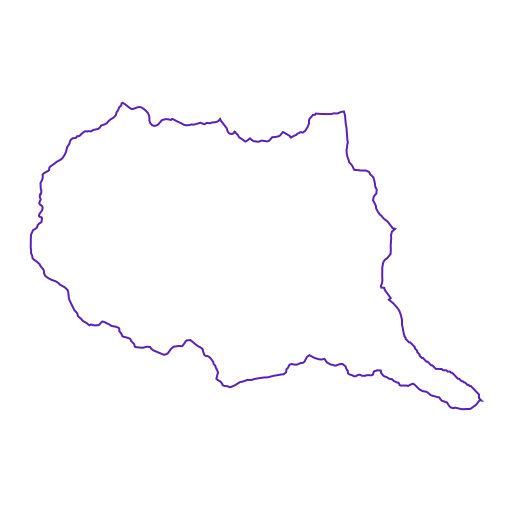 Sakteng, Tashigang, Bhutan (Mercator projection)
{"feature_id": "84629894B26708825657570", "entity_name": "Sakteng", "entity_type": "district", "adm_level": 2, "iso_a3": "BTN", "parent_name": "Bhutan", "parent_adm1": "Tashigang", "projection": "mercator", "projection_center": [91.93, 27.381], "detail": "fine", "context": "isolated", "style": "outline", "palette": "violet", "viewbox_px": 512, "rotation_deg": 0, "n_neighbors": 0, "source": "geoboundaries", "source_scale": "gbopen_adm2", "svg_char_len": 6023}
<svg xmlns="http://www.w3.org/2000/svg" viewBox="0 0 512 512"><path d="M481.3,400.5L479.0,398.1L479.0,394.5L470.9,386.1L469.7,386.1L468.6,384.9L467.4,384.9L465.1,382.5L463.9,382.4L462.7,381.2L461.5,381.2L459.2,378.8L458.0,378.8L452.2,372.8L451.1,372.7L449.9,371.5L447.5,371.5L446.4,370.3L442.8,370.2L441.7,369.0L435.8,368.9L432.3,365.3L431.1,365.3L427.6,361.7L426.4,361.7L423.0,358.0L421.8,358.0L419.5,355.6L419.5,354.4L417.2,352.0L417.2,350.8L414.9,348.4L414.9,347.2L410.2,342.4L409.1,342.4L405.6,338.8L405.6,337.6L404.4,336.4L404.4,335.2L404.0,334.7L402.0,324.4L402.0,319.9L400.6,314.2L399.6,311.5L398.3,309.1L393.2,303.2L388.8,299.7L390.7,298.0L384.9,290.2L384.2,287.8L381.3,287.6L380.8,286.0L381.9,283.5L382.4,280.9L382.2,275.0L382.3,267.3L383.2,262.6L384.3,260.5L385.3,259.5L387.2,258.2L390.6,254.0L390.8,249.3L390.7,245.6L391.2,238.3L391.0,235.5L391.9,231.6L395.1,228.9L392.5,228.0L387.4,221.3L384.9,219.5L383.5,218.3L381.4,215.8L379.6,214.2L377.9,211.8L376.1,208.2L375.9,205.9L373.0,200.2L373.8,196.5L376.4,193.4L376.7,189.5L375.3,186.9L374.7,182.2L373.4,177.3L370.0,174.1L369.8,173.2L368.8,171.8L365.8,170.5L360.7,170.5L357.2,170.0L354.3,169.9L352.0,165.4L348.9,161.9L348.8,160.5L347.5,157.0L346.8,153.7L346.5,149.8L347.1,147.2L347.3,144.1L347.9,142.7L347.4,140.2L346.5,127.8L345.7,123.3L345.0,115.3L343.9,111.5L341.2,111.9L337.7,113.4L333.4,113.4L331.3,114.1L321.5,114.0L315.7,113.6L315.0,114.8L312.9,115.0L309.5,118.9L309.0,120.2L309.0,123.4L308.5,124.7L307.6,127.0L306.3,129.2L305.1,130.9L302.8,132.6L301.1,132.2L300.0,132.3L298.8,133.2L297.3,133.7L296.0,135.1L294.3,135.6L290.9,137.6L290.3,137.0L290.3,136.5L290.0,136.1L283.0,132.0L279.9,135.6L278.8,136.2L275.5,137.0L272.2,137.2L269.3,140.6L267.8,141.3L267.1,141.4L262.0,140.6L260.2,141.0L258.8,141.8L253.9,141.2L253.1,140.9L251.9,140.1L250.1,138.4L249.6,138.6L248.2,139.9L245.7,141.5L245.1,141.4L242.3,139.3L239.5,137.6L238.9,137.0L237.7,134.8L235.7,132.9L235.4,132.1L234.6,131.7L233.6,133.2L232.4,133.9L231.8,134.0L229.7,133.6L229.1,133.2L228.3,132.4L227.5,131.1L226.8,128.4L220.6,120.3L220.2,118.9L219.8,119.1L219.4,120.0L218.7,120.8L217.6,121.5L214.9,122.3L211.9,122.5L210.1,123.3L206.7,122.9L204.6,124.2L204.1,124.2L200.4,122.7L197.4,123.7L193.4,124.7L191.6,124.4L189.2,125.1L186.1,125.3L184.0,124.9L181.2,123.2L176.8,121.2L172.7,119.0L171.9,119.0L171.3,119.8L170.6,119.9L168.7,119.4L165.9,119.1L162.2,120.0L161.6,120.5L158.6,124.0L157.5,125.0L155.3,125.8L154.3,125.8L152.8,125.5L152.0,125.1L150.3,123.1L149.4,120.8L149.4,117.9L149.0,115.4L147.8,112.8L145.1,110.0L142.0,107.7L139.7,107.0L137.5,107.3L133.9,108.7L131.9,109.1L129.9,108.1L125.3,104.4L122.7,102.8L121.8,103.2L121.4,104.1L121.2,105.4L120.5,106.2L119.4,107.0L119.1,107.6L118.1,110.1L116.5,112.6L115.8,115.1L115.1,116.0L113.9,117.3L110.8,119.2L108.2,121.4L106.8,123.2L104.9,124.3L101.1,125.6L99.7,127.7L98.3,128.9L93.1,130.0L91.1,131.4L88.4,131.1L87.2,131.5L86.5,131.3L84.7,131.4L81.9,133.5L79.8,135.7L78.3,136.2L77.2,136.2L75.7,138.0L72.9,138.2L71.4,139.2L70.5,140.2L69.3,144.0L67.0,147.4L66.1,151.8L64.5,155.1L62.3,158.3L60.7,159.6L56.7,161.8L53.8,164.1L50.3,166.5L49.4,167.6L49.0,170.2L47.9,171.1L43.9,173.2L42.6,174.6L42.8,177.2L42.6,178.4L42.1,179.8L40.5,183.1L40.8,189.4L41.4,190.4L41.0,193.7L40.8,194.2L40.2,194.2L39.8,195.7L39.8,197.0L40.6,199.0L40.5,199.8L39.2,202.9L39.9,204.4L42.3,206.3L42.6,207.9L42.2,210.1L41.1,211.8L39.7,213.5L38.9,215.5L39.2,216.5L41.6,217.4L41.9,218.4L41.7,220.6L41.4,222.2L39.1,223.6L37.9,224.8L37.6,225.2L37.4,226.3L36.8,227.2L36.8,227.7L35.5,228.8L33.1,230.1L31.3,234.0L30.9,236.2L30.7,247.6L31.1,250.3L31.0,253.0L32.3,256.1L32.6,258.4L34.8,260.3L36.5,261.4L39.6,264.1L40.2,265.6L43.4,269.6L44.0,271.3L44.0,273.2L45.3,276.0L48.6,278.3L51.4,279.8L55.7,281.3L58.0,282.7L60.2,284.8L64.7,287.3L67.4,289.8L67.8,290.5L68.3,292.3L68.9,298.4L69.6,300.5L74.5,310.4L76.0,311.8L77.4,313.6L77.9,316.1L81.4,319.1L82.8,320.9L86.7,323.1L88.1,324.4L89.5,325.3L90.6,324.7L91.9,324.6L94.1,325.4L98.3,325.2L99.2,324.8L100.7,322.9L102.4,321.5L104.3,322.0L109.4,324.5L111.6,326.0L115.3,326.6L118.5,327.7L119.3,328.7L119.3,331.1L121.2,333.6L122.5,336.4L127.9,337.9L130.3,338.9L131.2,341.1L134.2,344.1L134.7,346.3L135.4,347.1L142.8,347.8L146.9,346.7L150.1,347.0L151.1,348.6L153.0,350.2L163.6,354.7L164.6,354.8L167.6,353.5L169.6,350.9L170.7,349.2L173.4,346.8L178.5,346.0L182.3,346.1L184.8,342.8L185.5,341.4L187.1,340.3L190.4,340.1L196.0,344.7L198.3,346.3L201.5,348.0L202.8,349.5L202.9,350.8L204.3,354.8L205.5,355.9L207.2,356.0L209.3,357.0L211.4,359.3L213.2,362.0L213.6,363.9L215.2,365.6L216.0,368.1L216.8,369.4L218.1,372.6L217.5,374.1L216.4,378.9L217.6,379.9L220.4,381.5L222.2,383.8L222.6,385.1L223.9,385.8L227.7,386.3L229.4,387.1L230.7,387.1L234.9,385.3L239.8,382.2L242.9,381.5L247.2,380.0L251.7,379.9L254.5,379.0L260.1,378.0L264.6,377.4L267.6,377.4L273.6,375.8L281.9,374.4L283.6,374.3L286.1,372.2L286.5,369.2L287.9,367.9L289.5,364.7L291.4,364.0L294.3,364.6L296.9,364.6L298.8,363.9L300.7,363.0L303.0,362.8L304.3,361.9L306.9,357.0L309.5,355.2L314.2,357.8L318.9,359.3L322.0,359.5L324.3,358.9L325.1,359.7L325.7,360.8L327.1,362.5L330.5,364.5L332.6,364.8L334.8,365.6L336.1,365.5L340.5,363.9L342.5,364.0L345.6,366.4L345.9,367.8L346.5,369.1L347.1,370.1L347.7,370.5L348.0,373.3L348.3,373.7L350.0,374.6L352.3,375.3L354.1,376.3L355.8,376.2L357.9,375.0L359.2,374.7L360.3,374.9L361.8,375.7L363.1,375.8L365.4,375.8L366.2,375.3L369.4,375.1L370.5,375.4L371.7,375.2L373.1,374.5L373.3,372.7L374.2,371.2L376.1,370.8L377.1,370.3L380.8,370.5L381.0,371.3L381.0,372.8L382.6,374.9L384.0,376.2L386.8,377.2L388.8,378.6L390.3,379.0L391.8,379.1L393.7,380.9L397.2,382.6L398.4,382.7L398.8,383.0L399.6,385.0L400.4,385.5L406.4,385.5L408.1,386.0L409.2,385.3L412.3,383.8L413.0,383.8L414.3,384.4L415.9,385.9L419.1,389.2L422.5,391.1L426.3,391.7L428.0,392.8L430.8,395.2L437.4,397.1L439.3,397.4L440.3,399.1L441.7,400.6L446.9,402.4L448.9,405.6L450.3,407.0L451.1,407.6L452.3,407.9L453.8,408.2L454.9,407.6L461.9,409.2L470.4,408.9L475.9,405.0L479.7,400.2L481.3,400.5Z" fill="none" stroke="#5b21b6" stroke-width="2"/></svg>